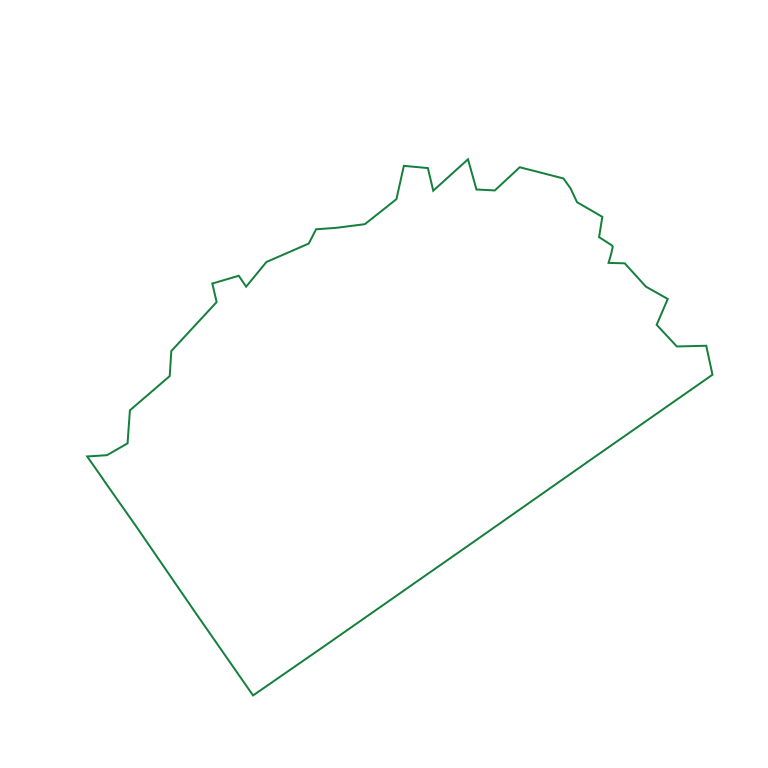 Greene, Pennsylvania, United States of America (Albers equal-area conic projection), rotated 325°
{"feature_id": "52423323B31233062263618", "entity_name": "Greene", "entity_type": "district", "adm_level": 2, "iso_a3": "USA", "parent_name": "United States of America", "parent_adm1": "Pennsylvania", "projection": "albers", "projection_center": [-80.18, 39.871], "detail": "fine", "context": "isolated", "style": "outline", "palette": "green", "viewbox_px": 768, "rotation_deg": 325, "n_neighbors": 0, "source": "geoboundaries", "source_scale": "gbopen_adm2", "svg_char_len": 804}
<svg xmlns="http://www.w3.org/2000/svg" viewBox="0 0 768 768"><g transform="rotate(325 384 384)"><path d="M98.1,564.0L189.1,564.5L293.1,564.6L293.8,564.6L356.4,564.7L510.0,564.6L658.4,564.8L669.9,537.5L645.4,521.2L641.3,491.9L665.2,477.1L654.4,454.5L650.4,423.2L637.4,413.6L645.3,407.2L647.8,404.9L650.1,402.8L650.2,401.2L644.4,387.1L658.7,372.3L646.4,345.8L649.0,330.7L648.9,318.6L619.5,284.3L585.8,289.0L571.3,277.7L581.7,248.1L535.2,253.9L543.8,232.3L525.4,216.7L500.2,239.7L460.0,242.1L434.3,228.6L417.1,218.3L402.9,225.8L357.7,216.6L326.9,225.2L327.1,212.0L301.0,203.2L293.9,220.9L228.7,235.0L213.0,254.6L160.8,259.8L139.9,285.5L116.2,283.4L99.3,273.1L99.3,276.5L99.3,279.9L99.3,300.9L99.2,303.6L99.3,359.2L98.4,461.6L98.3,492.9L98.1,564.0Z" fill="none" stroke="#15803d" stroke-width="2"/></g></svg>